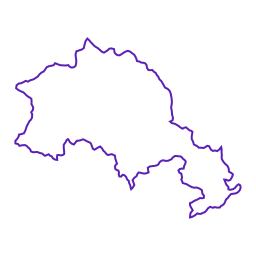 Machado, Minas Gerais, Brazil (Robinson projection)
{"feature_id": "56859067B17778332450588", "entity_name": "Machado", "entity_type": "district", "adm_level": 2, "iso_a3": "BRA", "parent_name": "Brazil", "parent_adm1": "Minas Gerais", "projection": "robinson", "projection_center": [-45.896, -21.677], "detail": "fine", "context": "isolated", "style": "outline", "palette": "violet", "viewbox_px": 256, "rotation_deg": 0, "n_neighbors": 0, "source": "geoboundaries", "source_scale": "gbopen_adm2", "svg_char_len": 4585}
<svg xmlns="http://www.w3.org/2000/svg" viewBox="0 0 256 256"><path d="M87.4,38.6L85.6,41.0L84.9,43.6L84.4,45.3L83.8,48.1L81.7,49.6L79.8,50.1L78.4,50.7L76.4,51.3L75.6,54.1L75.7,56.6L76.1,58.7L76.3,60.6L76.1,63.9L75.4,66.1L73.6,67.3L71.6,67.6L69.5,66.6L68.3,65.1L66.6,65.4L64.3,65.5L62.4,65.3L60.1,65.2L57.6,64.2L55.1,63.2L53.6,65.2L51.6,65.7L49.1,66.2L46.8,67.1L45.3,69.3L43.7,71.5L41.6,72.5L39.5,74.3L37.7,76.6L35.9,77.8L34.6,78.7L32.7,79.6L30.4,80.2L28.0,81.6L25.6,80.9L23.4,82.2L21.1,83.2L18.9,83.5L16.6,85.2L16.1,88.2L18.3,90.0L20.0,90.8L21.5,91.6L23.2,92.2L24.6,93.4L26.2,95.1L28.3,96.8L30.0,97.7L31.4,98.9L31.6,101.9L31.5,104.3L32.4,105.8L33.2,107.4L32.9,110.0L31.2,112.2L32.2,114.2L32.0,117.5L31.1,119.5L29.3,121.3L28.1,123.7L27.0,125.7L26.3,127.5L25.4,130.4L23.9,133.3L21.4,134.1L19.0,134.6L18.6,136.6L17.3,138.8L15.4,140.8L15.4,143.4L18.1,144.1L19.4,145.8L22.7,145.2L25.1,145.1L26.7,145.9L28.1,147.5L29.3,148.4L30.4,149.8L30.9,151.4L32.9,152.2L35.3,152.1L37.5,152.0L39.7,153.0L42.2,153.5L43.5,154.8L44.9,155.8L46.9,155.0L48.7,154.3L49.9,155.6L51.7,156.4L53.0,158.4L55.2,159.6L57.2,159.9L57.0,157.0L57.3,155.1L59.1,155.0L60.8,155.4L62.6,155.1L64.1,154.1L64.2,152.1L64.0,150.3L63.7,147.3L63.8,144.7L64.8,143.3L65.8,141.9L66.6,140.1L67.9,139.1L69.0,140.4L69.8,142.1L71.8,143.7L73.9,144.5L75.2,142.8L76.8,140.8L79.2,140.6L81.0,140.1L82.6,139.4L84.2,139.7L86.0,140.8L88.1,141.8L90.0,142.6L91.1,143.9L91.9,146.2L92.8,148.6L94.4,149.7L96.2,148.7L97.7,147.7L100.2,146.5L102.1,148.5L103.4,150.8L104.9,152.0L106.3,153.9L107.8,155.0L109.7,154.6L111.9,154.2L114.9,155.6L115.4,158.9L116.2,161.3L117.0,163.7L115.7,164.9L114.9,166.5L115.4,169.1L116.8,170.0L118.4,170.6L119.0,172.5L118.7,174.3L119.3,176.4L121.1,176.6L122.6,174.8L124.2,175.1L126.0,176.7L127.3,179.7L128.8,180.9L129.1,182.9L130.2,185.2L130.6,187.4L131.2,189.2L132.9,187.4L134.3,184.9L133.4,182.3L132.6,180.1L134.3,177.8L136.6,176.1L137.4,174.0L138.6,172.5L140.9,172.8L142.6,173.3L144.3,173.6L146.2,173.3L148.6,172.4L148.1,170.0L147.8,167.8L150.0,166.4L152.6,166.1L154.5,165.9L156.4,165.5L158.3,164.5L159.6,162.2L161.5,160.7L163.3,160.3L165.7,160.9L168.0,160.8L169.8,160.0L171.5,159.2L172.9,157.4L174.9,156.0L176.5,156.0L178.5,156.3L180.6,156.4L181.9,157.4L183.1,158.9L184.6,160.0L185.7,161.4L185.4,163.4L184.1,166.1L183.6,168.6L181.6,168.6L179.7,169.1L178.4,170.4L179.4,172.7L181.3,173.6L182.1,177.6L181.3,179.5L182.1,181.1L182.7,183.0L184.7,183.6L186.7,184.2L188.2,185.2L189.8,186.0L192.0,187.2L194.3,187.7L196.5,187.5L199.4,188.5L201.9,190.2L202.4,193.7L204.0,195.7L203.8,197.9L201.9,198.3L200.0,198.0L198.1,199.2L196.2,200.0L194.0,201.0L191.8,202.5L190.0,203.1L190.0,205.2L190.8,207.0L191.8,208.7L192.7,210.4L191.7,211.6L190.6,212.8L190.2,215.0L190.0,217.4L191.9,217.0L194.4,215.7L195.9,214.6L197.3,213.4L198.9,213.9L200.8,213.9L202.6,213.0L204.9,212.1L206.7,210.2L207.9,208.4L210.1,206.8L212.9,207.8L214.6,207.1L216.9,207.6L219.9,207.5L220.9,206.0L222.6,205.2L224.3,203.6L225.2,201.5L226.1,199.4L227.9,197.9L229.3,195.8L231.2,194.0L234.5,193.6L236.2,193.2L238.0,192.2L239.7,190.3L240.6,187.8L240.3,185.4L238.7,184.3L236.7,185.7L235.1,187.8L233.3,189.1L231.6,189.5L230.1,189.8L228.4,189.3L228.4,187.0L227.0,185.4L226.0,184.0L225.4,182.2L224.3,179.6L226.4,179.8L228.2,180.7L230.3,179.9L231.3,178.3L232.3,176.5L232.9,174.3L231.4,173.0L228.9,171.7L228.8,169.0L228.0,166.8L226.9,165.3L225.1,163.8L223.3,161.6L221.9,159.2L221.6,157.3L221.9,155.5L221.6,153.5L221.6,151.4L221.6,149.0L221.2,147.1L219.3,149.5L217.2,151.1L215.1,150.5L212.9,150.9L211.2,149.9L210.2,148.3L209.1,146.2L207.1,145.8L205.9,146.8L203.7,148.0L200.9,147.7L198.8,147.7L197.2,146.1L195.7,145.4L193.9,144.5L193.0,141.5L191.8,139.2L191.7,136.6L192.1,133.8L192.5,131.9L191.2,130.8L189.6,130.4L188.2,129.2L186.0,127.3L184.1,127.8L182.6,128.7L180.3,127.4L178.5,125.9L176.2,124.5L174.3,123.6L172.0,123.2L170.1,121.6L172.5,120.3L173.0,118.3L172.6,116.5L172.0,114.2L171.9,112.0L171.6,110.0L171.1,107.2L171.7,104.4L171.9,102.2L171.7,99.6L171.5,97.7L171.1,95.8L170.8,93.8L169.8,91.2L168.3,89.4L166.6,88.3L165.0,87.6L163.7,85.1L162.3,82.8L161.2,80.9L159.4,79.3L158.2,76.6L156.8,75.0L155.7,72.9L153.8,71.7L152.3,70.0L150.2,70.2L148.4,70.0L147.0,67.9L146.6,65.2L145.4,63.5L143.7,62.8L141.4,62.6L139.2,61.5L137.0,61.1L136.4,58.9L135.4,56.6L134.2,54.7L132.1,53.2L130.2,51.7L127.9,50.8L125.6,51.6L123.5,52.8L121.3,54.3L119.6,55.3L117.6,55.2L115.8,54.1L114.6,52.6L114.0,49.1L111.4,48.4L109.3,48.7L107.6,50.3L106.0,51.4L104.0,52.6L102.1,51.9L100.3,50.3L97.8,48.1L95.6,46.8L94.3,45.9L92.7,44.1L90.9,42.3L89.4,40.5L87.4,38.6Z" fill="none" stroke="#5b21b6" stroke-width="2"/></svg>